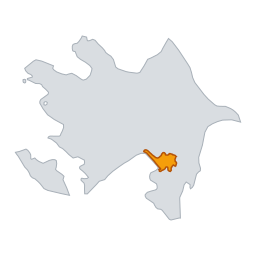 Bilasuvar District, Biləsuvar, Azerbaijan shown in context
{"feature_id": "54616110B16304773097912", "entity_name": "Bilasuvar District", "entity_type": "district", "adm_level": 2, "iso_a3": "AZE", "parent_name": "Azerbaijan", "parent_adm1": "Biləsuvar", "projection": "mercator", "projection_center": [48.464, 39.544], "detail": "fine", "context": "in_parent", "style": "filled", "palette": "amber", "viewbox_px": 256, "rotation_deg": 0, "n_neighbors": 0, "source": "geoboundaries", "source_scale": "gbopen_adm2", "svg_char_len": 4988}
<svg xmlns="http://www.w3.org/2000/svg" viewBox="0 0 256 256"><path d="M180.4,218.1L179.2,218.0L171.0,220.0L169.3,219.3L162.2,210.3L160.8,209.3L157.7,208.9L155.9,207.4L154.5,205.0L153.7,203.2L146.4,198.3L145.3,196.5L145.1,194.9L146.2,193.5L147.4,192.3L151.0,191.1L155.2,190.0L156.5,189.3L157.2,188.0L157.1,185.9L156.5,183.8L150.5,180.1L149.8,178.4L149.6,176.5L150.0,174.4L150.9,172.7L155.8,170.5L158.4,168.2L156.8,165.7L151.5,159.8L145.3,153.4L141.1,153.3L136.3,155.2L128.6,160.7L124.3,163.1L118.8,166.9L112.8,171.3L107.8,175.8L104.7,179.6L99.2,181.3L96.5,184.4L87.3,193.9L84.7,193.8L84.5,189.1L84.6,185.4L84.1,183.2L81.1,180.3L81.0,179.0L81.8,178.2L84.1,178.7L87.1,178.5L88.5,177.4L85.3,173.5L82.5,170.9L80.2,169.1L79.6,168.1L79.6,167.3L80.1,166.4L84.2,164.3L84.6,162.3L84.3,160.1L77.9,156.8L73.1,158.0L68.7,154.4L66.0,151.6L62.5,148.5L59.4,146.9L56.5,143.0L51.3,139.1L48.0,138.0L48.1,137.4L48.7,136.7L50.0,136.1L59.2,136.2L60.3,135.5L60.9,133.8L62.2,131.3L63.6,127.6L63.5,124.5L54.3,119.5L47.6,114.8L43.0,108.7L39.8,103.1L39.9,101.2L40.8,99.5L48.0,94.3L48.5,92.9L48.3,92.0L45.8,89.4L42.6,86.6L41.6,84.6L39.5,83.6L35.7,83.5L29.0,80.2L27.5,79.8L27.2,79.2L27.5,78.5L32.3,77.1L32.3,76.0L30.8,74.5L28.1,73.4L25.6,70.7L24.7,68.3L33.4,61.2L36.0,59.8L41.7,61.1L53.5,65.8L52.7,68.4L53.9,69.9L56.6,71.9L61.8,73.9L66.2,74.9L68.4,74.1L71.8,73.3L76.2,75.6L80.3,78.6L82.3,79.8L83.4,80.1L86.4,79.1L90.1,75.3L91.6,70.8L92.0,68.5L89.8,65.5L85.4,62.2L80.4,59.3L77.2,56.7L75.2,51.6L73.1,51.1L72.6,50.4L72.3,48.7L72.3,46.2L73.1,44.4L75.1,43.6L77.1,43.3L78.9,41.5L81.3,38.0L82.2,36.0L86.6,37.1L87.2,40.3L87.9,40.9L89.7,40.6L92.7,39.3L95.1,40.3L98.2,44.0L102.4,47.9L104.7,50.6L105.6,52.4L107.8,54.2L110.9,56.2L113.4,59.5L115.7,67.0L118.0,68.8L126.1,71.6L129.0,72.2L137.0,73.2L139.8,72.5L144.0,66.0L147.7,59.3L151.1,57.9L157.4,54.7L161.2,51.6L162.8,48.3L166.3,42.1L168.5,38.5L172.2,41.7L178.6,50.1L187.7,63.9L190.0,67.7L191.4,72.2L192.7,77.7L194.8,82.5L204.0,94.5L208.1,99.0L214.6,104.7L216.9,106.0L219.9,106.3L225.5,106.4L230.7,108.6L233.3,110.2L235.9,112.5L238.3,115.1L240.6,122.1L231.7,119.8L222.6,120.1L217.5,121.6L212.6,123.7L207.9,126.6L204.9,132.2L202.4,145.2L198.7,157.3L198.9,162.9L200.5,168.3L200.3,170.8L198.6,171.9L196.5,174.2L193.7,185.2L192.3,187.4L190.5,188.8L190.0,187.5L190.1,184.6L186.2,182.0L184.1,184.9L182.7,190.9L179.8,197.3L179.7,198.5L180.4,218.1ZM46.9,104.3L47.3,102.5L46.2,101.7L45.0,101.7L44.0,102.6L44.0,104.8L45.4,105.2L46.9,104.3ZM17.3,155.1L16.0,153.3L15.4,152.3L19.3,151.5L26.0,149.1L27.8,150.3L29.7,152.7L30.7,154.8L30.8,158.7L31.6,159.3L34.8,158.0L36.3,159.6L38.8,161.4L43.1,163.3L49.3,160.4L52.4,159.6L54.9,159.7L56.3,160.6L56.7,163.6L56.2,167.3L55.5,169.3L56.8,170.8L61.9,174.3L64.0,176.3L63.0,179.7L66.8,188.1L68.0,191.3L69.5,195.3L61.8,193.7L47.8,190.4L44.0,188.6L40.4,184.0L38.2,181.7L35.0,178.9L32.4,177.8L30.4,175.8L29.2,172.8L27.6,170.1L24.7,167.0L18.2,156.2L17.3,155.1ZM25.6,82.4L24.8,83.0L23.4,82.4L23.0,81.1L23.1,79.6L24.5,79.3L25.5,79.7L25.8,81.0L25.6,82.4Z" fill="#d9dde1" stroke="#a8b0b8" stroke-width="1"/><path d="M176.1,156.4L175.8,156.2L175.7,156.0L175.4,155.7L175.1,155.4L174.4,155.2L174.1,155.1L173.8,154.9L173.5,154.9L173.0,154.9L172.6,154.7L172.5,154.3L171.8,154.2L171.4,154.0L171.1,153.9L170.7,153.8L170.1,153.6L169.6,153.6L169.4,153.6L169.2,154.1L168.9,154.1L168.7,154.5L168.1,154.9L167.5,155.1L166.8,155.0L166.3,155.0L165.9,155.0L165.6,154.8L165.4,154.6L165.4,154.2L165.4,153.8L165.2,153.6L164.9,153.2L164.5,152.9L164.2,152.8L164.2,152.7L163.8,152.6L163.4,152.6L162.8,152.8L162.6,153.0L162.4,153.3L162.2,153.7L161.9,153.9L161.6,154.1L161.5,154.6L161.3,155.3L161.0,155.6L160.7,156.0L160.2,156.3L159.8,156.7L159.3,157.2L158.8,157.5L158.4,157.7L158.1,157.9L157.5,158.0L156.8,157.9L156.2,157.7L155.8,157.6L155.4,157.3L155.1,157.1L154.6,156.6L154.2,156.3L153.9,156.1L153.3,155.7L152.8,155.3L152.4,155.0L151.9,154.6L151.5,154.1L150.8,153.5L150.1,152.9L149.5,152.5L149.1,151.9L148.5,151.4L148.1,151.0L147.6,150.6L147.0,150.3L146.5,150.0L145.8,149.9L145.2,149.9L144.5,150.2L144.2,150.5L143.8,151.4L144.0,151.8L144.5,152.0L144.8,152.1L146.7,153.0L148.5,155.0L151.5,158.3L154.2,161.2L155.8,163.3L158.5,166.5L159.0,167.1L159.4,167.5L159.8,167.9L160.5,168.5L160.4,169.2L159.4,169.2L158.9,169.5L159.2,169.9L159.3,170.9L159.5,171.3L160.7,171.4L161.4,170.8L161.9,170.4L162.6,170.2L163.4,169.8L164.0,169.5L165.1,168.7L165.3,168.2L165.7,167.4L166.1,167.0L166.4,167.0L167.1,167.0L167.7,167.4L167.9,168.3L167.9,169.1L168.0,169.9L168.2,170.3L168.7,170.7L169.3,171.2L170.4,171.4L170.8,170.8L171.3,170.2L171.1,169.4L171.2,168.5L171.2,167.9L171.4,167.4L171.9,167.0L172.0,166.5L172.4,166.0L172.9,165.4L173.3,165.0L173.7,165.2L174.0,165.5L174.4,165.7L174.9,165.9L175.2,166.2L175.6,165.8L175.9,165.7L175.9,165.2L176.1,164.6L176.3,164.1L176.5,163.6L176.5,162.9L176.3,162.3L175.9,161.9L175.4,161.5L175.1,161.0L175.1,160.2L175.0,159.7L175.0,159.3L175.1,158.9L175.4,158.3L175.6,157.6L175.8,157.1L175.9,156.5L176.1,156.4Z" fill="#f59e0b" stroke="#b45309" stroke-width="1.5"/></svg>